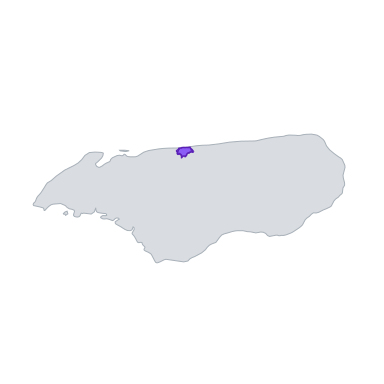 Vatomandry, Atsinanana, Madagascar (highlighted), rotated 247°
{"feature_id": "10022922B31178585124685", "entity_name": "Vatomandry", "entity_type": "district", "adm_level": 2, "iso_a3": "MDG", "parent_name": "Madagascar", "parent_adm1": "Atsinanana", "projection": "mercator", "projection_center": [48.762, -19.365], "detail": "fine", "context": "in_parent", "style": "filled", "palette": "violet", "viewbox_px": 384, "rotation_deg": 247, "n_neighbors": 0, "source": "geoboundaries", "source_scale": "gbopen_adm2", "svg_char_len": 6074}
<svg xmlns="http://www.w3.org/2000/svg" viewBox="0 0 384 384"><g transform="rotate(247 192 192)"><path d="M248.4,48.5L249.4,50.8L250.5,52.9L254.1,58.2L255.6,60.2L256.9,62.4L257.5,66.7L259.7,73.4L261.9,83.4L262.5,93.8L263.2,98.5L264.8,103.0L267.5,107.7L268.4,112.9L266.7,118.2L264.3,123.2L263.7,124.2L262.6,125.5L262.1,125.4L260.2,124.1L258.6,122.0L256.6,117.0L255.9,114.4L255.1,114.0L252.8,114.3L251.1,115.8L250.8,116.8L251.1,119.7L251.8,122.2L252.1,124.8L252.1,128.0L252.7,129.0L253.7,129.8L254.6,132.0L254.8,137.1L254.2,139.6L252.6,141.8L252.7,143.1L253.3,144.3L252.7,145.1L250.5,146.0L249.6,146.9L248.4,149.1L246.5,153.7L246.3,156.1L247.5,163.2L247.1,168.3L244.7,178.1L243.3,182.7L241.3,188.2L238.3,195.5L235.3,204.7L232.8,214.2L230.9,220.0L228.7,225.6L225.8,235.6L223.3,245.8L219.6,257.0L214.5,269.6L214.0,271.2L212.9,277.7L211.8,283.3L210.4,288.9L207.5,298.1L207.2,300.9L206.5,303.6L203.8,309.4L202.6,311.6L201.8,313.9L201.3,316.8L200.5,319.6L198.5,324.8L195.5,329.3L193.4,330.9L189.0,333.3L186.8,333.8L181.8,333.8L177.0,335.2L171.9,337.8L167.1,340.7L165.2,342.1L163.2,343.0L156.8,343.1L154.9,342.5L148.5,337.6L146.0,336.8L141.3,336.1L139.9,335.7L138.6,335.1L136.7,332.5L133.0,330.4L132.1,329.7L131.5,328.2L131.1,326.6L130.1,324.8L129.4,321.4L128.2,319.0L124.7,314.8L124.3,313.5L124.1,309.1L124.2,306.1L123.8,300.6L124.2,298.0L125.4,295.7L124.9,293.2L123.7,290.5L123.2,287.8L122.2,285.3L118.6,280.9L117.7,278.7L117.1,276.4L115.8,269.4L115.6,266.9L115.8,261.7L116.3,259.1L117.2,257.2L117.4,255.8L118.0,254.6L118.9,253.7L119.4,252.6L120.8,246.0L122.5,244.5L125.0,243.7L127.1,241.9L128.3,239.6L129.4,234.8L132.6,230.1L133.8,227.6L136.4,223.9L138.7,218.6L139.4,216.1L139.9,213.5L140.5,208.0L140.9,205.2L140.8,202.5L139.5,199.7L136.4,194.5L136.3,193.6L136.5,189.8L136.2,187.1L135.1,184.3L133.6,181.8L132.2,177.0L131.5,169.1L131.6,166.2L131.2,163.7L130.1,161.3L130.9,157.1L140.2,141.8L140.5,140.0L140.2,135.4L140.3,132.7L140.7,131.7L141.4,131.1L143.0,130.8L150.5,130.2L151.5,129.7L153.4,128.4L156.0,126.0L157.2,125.3L158.2,125.5L158.9,126.6L159.7,127.2L162.7,126.0L163.9,126.0L165.1,126.2L165.7,125.2L166.0,123.8L166.4,122.8L167.3,122.2L171.2,121.9L173.7,121.6L176.9,120.6L177.6,120.8L180.2,124.2L181.0,124.5L182.1,124.7L182.9,124.1L180.8,122.2L180.5,121.2L180.6,120.0L181.7,117.6L183.7,115.7L187.9,112.8L192.3,109.4L193.5,109.2L194.6,109.7L195.4,113.7L195.3,114.3L196.0,114.4L196.8,113.9L197.6,112.3L197.6,111.0L197.0,109.7L196.7,108.7L196.7,107.7L198.9,105.4L200.7,103.1L201.5,100.5L202.2,99.3L204.0,97.9L204.6,98.1L205.0,99.2L205.2,100.4L204.8,101.6L204.1,102.8L203.8,104.3L204.9,104.6L205.8,104.2L207.3,101.4L208.9,98.8L209.9,97.4L211.1,96.5L213.2,96.6L215.1,97.2L211.9,94.4L211.1,90.6L214.9,84.0L215.0,82.7L215.5,82.2L215.8,81.7L213.8,79.5L213.4,78.4L213.7,76.7L214.6,75.2L215.5,74.2L216.7,73.8L217.7,74.3L219.9,76.2L221.3,76.4L223.0,74.7L224.5,72.5L226.6,71.0L229.0,70.1L232.7,66.6L235.1,59.4L235.3,57.3L234.8,54.8L233.9,52.4L232.5,49.3L232.9,48.7L234.9,49.1L235.6,48.7L237.8,46.0L241.4,40.9L242.6,40.9L243.6,41.8L244.0,43.2L244.7,44.3L247.2,46.7L248.4,48.5ZM223.1,68.7L223.2,69.5L220.4,69.2L219.9,66.5L221.3,66.4L221.6,65.3L222.4,65.1L223.3,67.5L223.1,68.7ZM256.8,146.3L254.5,150.3L255.1,146.9L257.9,142.0L258.7,141.7L256.8,146.3Z" fill="#d9dde1" stroke="#a8b0b8" stroke-width="1"/><path d="M231.0,196.1L230.9,196.2L230.9,196.4L230.8,196.5L230.7,196.5L230.6,196.4L230.4,196.3L230.3,196.5L230.1,196.7L229.9,196.7L229.7,196.7L229.4,196.6L229.1,196.3L228.9,196.4L228.7,196.4L228.4,196.1L228.2,196.0L228.1,195.9L227.7,195.8L227.7,196.0L227.8,196.3L228.1,196.7L228.2,196.9L228.2,197.0L228.3,197.4L228.4,197.6L228.5,197.7L228.5,197.8L228.5,198.0L228.4,198.3L228.3,198.5L228.2,198.7L228.0,199.0L227.9,199.3L227.7,199.4L227.6,199.5L227.4,199.5L227.2,199.5L227.2,199.9L227.3,199.9L227.6,200.1L227.7,200.3L227.6,200.5L227.9,200.9L227.9,201.0L227.9,201.3L228.1,201.4L228.3,201.4L228.4,201.5L228.5,201.6L228.6,201.9L228.6,202.0L228.8,202.2L229.1,202.3L229.2,202.5L229.3,202.7L229.3,203.0L229.4,203.3L229.3,203.5L229.5,203.6L229.6,204.0L229.4,204.3L229.2,204.4L229.2,204.5L229.0,204.9L229.1,205.0L229.3,205.1L229.4,205.3L229.3,205.7L229.3,205.8L229.4,206.0L229.5,206.1L229.4,206.2L229.3,206.3L229.4,206.5L229.3,206.9L229.2,207.1L228.9,207.3L228.9,207.5L229.0,207.5L229.1,207.8L228.8,207.9L228.7,207.9L228.5,208.0L228.3,208.2L228.3,208.4L228.3,208.5L228.5,208.5L228.8,208.5L228.8,208.4L229.0,208.4L229.2,208.5L229.3,208.5L229.4,208.4L229.5,208.3L229.5,208.2L229.7,208.3L229.6,208.5L229.8,208.4L229.9,208.5L230.0,208.4L230.3,208.3L230.3,208.5L230.4,208.4L230.5,208.3L230.5,208.5L230.8,208.7L231.1,208.5L231.2,208.4L231.2,208.5L231.3,208.5L231.4,208.3L231.4,208.2L231.5,208.2L231.8,208.1L232.0,208.1L232.3,208.1L232.5,208.0L232.5,207.9L232.7,207.7L233.0,207.7L233.3,207.6L233.5,207.7L234.0,207.7L234.2,206.9L234.2,206.7L234.3,206.6L234.4,206.4L234.3,206.2L234.5,205.7L234.7,205.3L234.8,205.1L235.0,204.7L235.1,204.4L235.3,204.0L235.3,203.8L235.4,203.5L235.7,202.8L235.8,202.7L236.0,202.2L236.1,201.9L236.3,201.7L236.5,201.1L236.5,200.8L236.6,200.7L236.7,200.3L236.8,200.2L236.7,200.0L236.7,199.9L236.7,199.7L236.8,199.4L236.7,199.3L236.8,199.2L236.9,198.8L236.9,198.4L237.0,198.1L237.1,197.8L237.2,197.6L237.2,197.4L237.3,197.3L237.3,197.1L237.1,197.1L236.9,197.0L236.7,197.0L236.5,196.9L236.6,196.7L236.8,196.4L236.7,196.3L236.7,196.2L236.4,196.0L236.4,195.9L236.3,196.0L236.2,196.0L236.1,195.9L235.9,195.7L235.7,195.6L235.4,195.5L235.2,195.4L235.2,195.2L235.2,194.9L235.2,194.7L235.3,194.7L235.5,194.7L235.5,194.4L235.6,194.1L235.8,194.0L235.9,193.9L235.7,193.8L235.4,193.8L235.2,193.9L234.8,194.1L234.8,194.3L234.7,194.3L234.3,194.4L234.2,194.4L234.1,194.2L234.0,194.3L233.9,194.3L233.8,194.2L233.7,194.1L233.6,193.8L233.4,193.8L233.4,193.7L233.2,193.5L233.1,193.4L232.9,193.5L232.7,193.6L232.4,193.6L232.4,193.8L232.3,194.1L232.2,194.2L232.1,194.3L232.3,194.4L232.2,194.6L232.0,194.8L232.2,195.0L232.2,195.3L232.3,195.4L232.2,195.5L232.0,195.8L231.9,195.8L231.7,195.8L231.6,196.0L231.3,196.2L231.2,196.2L231.0,196.1Z" fill="#8b5cf6" stroke="#5b21b6" stroke-width="1.5"/></g></svg>